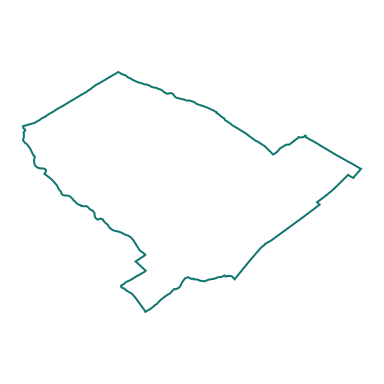 Adaseni, Botosani, Romania (Equal Earth projection)
{"feature_id": "2599482B82980263638886", "entity_name": "Adaseni", "entity_type": "district", "adm_level": 2, "iso_a3": "ROU", "parent_name": "Romania", "parent_adm1": "Botosani", "projection": "equal_earth", "projection_center": [26.935, 48.065], "detail": "fine", "context": "isolated", "style": "outline", "palette": "teal", "viewbox_px": 384, "rotation_deg": 0, "n_neighbors": 0, "source": "geoboundaries", "source_scale": "gbopen_adm2", "svg_char_len": 5872}
<svg xmlns="http://www.w3.org/2000/svg" viewBox="0 0 384 384"><path d="M353.3,178.0L353.9,177.0L354.5,176.3L357.4,173.1L361.0,168.9L357.7,167.1L350.9,163.0L349.3,162.3L344.7,159.7L342.9,158.7L340.7,157.4L337.2,155.6L336.4,155.1L335.8,154.7L321.3,146.1L317.2,143.5L315.4,142.5L312.9,141.0L312.1,140.6L311.0,140.1L310.1,139.6L305.3,136.8L305.5,136.5L305.7,135.9L305.0,135.6L304.5,136.3L303.8,136.8L303.2,137.1L302.5,137.3L301.6,137.3L300.5,137.5L299.5,137.3L298.6,137.1L298.3,137.7L297.8,138.1L297.0,138.7L295.6,139.7L294.3,140.5L294.0,140.9L294.0,141.1L293.6,141.4L293.3,141.6L293.2,141.7L292.3,142.2L291.7,142.8L291.1,143.2L290.4,143.7L290.3,143.9L290.2,144.0L289.0,144.6L288.5,144.7L288.2,144.7L287.7,144.7L286.4,144.6L283.4,146.3L281.7,147.4L280.3,148.1L279.4,149.2L278.9,149.9L277.8,151.1L277.2,151.7L276.7,152.2L276.2,152.5L275.6,152.9L274.9,153.4L274.5,153.7L273.6,154.3L273.3,154.5L273.1,154.4L272.9,154.4L272.6,154.1L270.5,151.8L268.5,149.9L267.2,148.6L265.3,146.7L264.9,146.3L264.5,145.9L263.5,145.5L263.1,145.3L262.3,144.6L261.8,144.2L260.7,143.6L259.8,143.0L258.3,142.0L257.6,141.5L256.9,141.2L256.3,141.1L255.8,140.8L255.4,140.6L248.2,135.3L245.6,133.3L239.4,129.5L237.7,128.4L236.0,127.4L234.1,126.4L232.5,125.4L231.8,124.9L231.4,124.6L231.0,124.2L230.8,123.9L230.2,123.4L229.3,122.8L227.2,121.5L226.2,120.8L225.8,120.6L225.3,120.2L225.0,120.0L224.8,119.8L224.5,118.9L224.2,118.5L223.9,118.2L223.5,117.9L223.2,117.8L222.4,117.4L219.9,115.4L218.4,114.1L217.3,113.2L217.1,113.1L216.9,113.1L216.7,113.1L216.7,112.7L216.7,112.3L216.4,112.1L216.1,111.9L215.7,111.7L215.1,111.5L214.2,110.9L213.1,110.2L212.5,110.0L211.7,109.7L209.5,108.6L209.1,108.4L208.4,108.1L208.0,107.9L207.6,107.7L206.5,107.4L205.8,107.0L204.6,106.7L203.9,106.3L202.7,105.9L201.0,105.4L197.9,104.4L196.1,103.6L195.8,103.4L195.3,102.8L195.0,102.6L194.7,102.4L193.7,101.9L193.2,101.7L192.6,101.5L191.7,101.3L190.5,100.8L190.1,100.6L189.5,100.5L189.1,100.5L187.1,100.6L186.5,100.5L185.6,100.2L184.2,99.5L183.6,99.2L183.4,99.2L183.0,99.4L182.7,99.4L182.2,99.3L181.5,99.1L180.2,98.7L179.6,98.5L179.0,98.3L177.5,98.1L176.8,97.8L175.7,97.3L175.1,96.9L174.8,96.6L174.3,95.9L173.6,94.9L172.8,93.8L172.3,93.5L171.7,93.3L171.1,93.2L170.4,93.2L169.9,93.2L167.9,93.7L167.6,93.7L167.3,93.7L167.0,93.6L165.3,92.8L164.5,92.4L164.0,92.0L163.5,91.5L161.6,90.1L161.2,89.8L160.5,89.5L158.6,89.0L158.3,88.9L157.8,88.7L156.9,88.1L156.5,87.9L156.0,87.8L153.9,87.5L152.8,87.3L152.3,87.2L151.9,87.0L150.7,86.3L149.4,85.6L148.4,85.1L148.0,85.0L147.5,84.8L146.2,84.5L145.3,84.4L144.6,84.4L144.3,84.3L143.9,84.2L143.0,83.8L142.0,83.3L141.6,83.2L141.3,83.1L139.9,82.8L138.7,82.5L137.3,82.0L135.8,81.3L133.4,80.2L131.2,78.9L130.6,78.5L130.0,78.2L128.6,77.7L128.0,77.4L127.2,76.8L126.5,76.1L126.0,75.7L125.5,75.4L125.1,75.2L124.6,75.0L123.1,74.6L122.6,74.4L121.9,74.1L121.2,73.8L119.6,72.7L119.0,72.4L118.4,72.2L118.2,72.1L117.7,72.3L116.4,73.1L115.4,73.8L113.1,75.0L110.5,76.6L105.6,79.5L98.4,83.7L97.0,84.4L95.6,85.1L94.2,86.3L92.1,87.7L91.3,88.5L90.5,89.1L90.0,89.5L88.6,90.3L86.9,91.6L85.1,92.7L82.5,94.2L81.0,94.9L79.2,96.1L76.3,97.8L75.1,98.5L74.2,99.1L72.9,99.9L70.7,101.1L69.7,101.7L68.7,102.3L66.9,103.5L65.6,104.2L63.3,105.7L61.1,106.9L59.1,107.9L56.7,109.3L53.2,111.7L52.5,112.1L50.6,113.1L49.2,113.9L48.3,114.4L47.4,115.1L46.8,115.5L45.8,116.3L45.1,116.9L44.2,117.1L41.8,118.3L39.9,119.8L36.9,121.5L34.1,123.1L32.0,123.6L23.3,126.1L23.6,126.5L23.1,127.8L25.2,129.8L25.2,130.7L24.8,131.1L24.2,131.5L23.6,132.4L23.8,133.4L23.9,134.3L23.8,137.7L23.0,139.5L23.2,140.4L24.2,141.9L25.4,143.2L26.9,144.1L30.1,148.4L33.0,154.6L33.4,155.3L34.2,155.8L34.7,156.4L34.7,157.2L34.0,160.2L34.3,162.9L34.7,164.8L35.8,166.2L37.5,167.6L40.9,168.5L43.2,168.4L44.9,168.9L46.0,170.2L45.6,172.1L44.8,173.3L44.5,174.0L45.4,174.6L48.0,176.5L52.0,179.8L54.3,182.1L54.8,183.1L56.8,185.1L57.2,185.8L57.9,187.4L58.5,188.7L58.9,189.3L59.5,190.2L60.4,191.0L61.1,192.0L61.2,193.0L61.6,193.8L62.3,194.5L63.3,195.2L64.6,195.4L67.3,195.6L68.9,195.8L70.5,196.9L73.0,199.2L73.5,200.4L74.7,201.2L76.9,203.5L78.3,204.5L81.1,205.4L81.3,206.0L83.4,206.1L84.1,206.3L84.6,206.3L85.4,206.1L86.0,206.1L86.8,206.3L87.4,206.7L88.2,207.4L90.1,209.4L91.2,210.0L92.2,210.7L92.8,210.7L94.5,213.3L94.6,214.4L94.6,215.2L94.8,216.5L95.8,218.2L97.0,219.2L97.9,219.6L98.5,219.6L99.3,219.0L100.1,218.7L100.8,218.7L102.1,219.0L102.7,219.4L103.1,220.0L103.2,220.6L103.8,221.1L104.5,221.8L105.6,223.0L106.5,223.8L107.2,224.3L107.7,224.7L108.0,225.3L108.6,226.4L109.9,228.0L112.0,229.6L112.7,229.9L113.4,230.4L115.1,230.9L116.2,231.2L117.0,231.3L117.9,231.3L118.5,231.6L121.0,232.5L122.2,232.9L123.4,233.8L124.5,234.3L125.5,234.7L126.8,235.3L127.5,235.4L128.8,236.0L130.6,237.2L131.8,238.3L133.5,240.5L134.9,242.7L136.0,244.4L136.5,245.4L137.2,246.3L138.2,247.9L139.1,249.5L139.9,250.3L140.7,251.1L142.4,252.3L145.3,254.6L145.2,255.1L141.5,257.5L139.6,258.9L135.6,261.4L145.7,270.7L144.1,272.1L142.4,273.0L139.4,274.8L135.5,276.8L133.2,278.4L131.5,279.4L129.4,280.6L127.3,281.4L125.2,282.6L124.6,283.2L124.1,283.9L121.2,285.6L120.9,286.2L121.5,287.4L124.4,288.7L126.7,290.7L129.2,292.2L131.9,293.6L135.8,298.2L144.4,310.1L145.0,311.2L145.4,311.9L147.5,310.5L150.6,308.8L152.7,307.1L153.8,306.3L154.9,305.1L155.8,304.6L157.0,303.9L159.5,301.0L161.4,299.4L163.2,297.9L167.1,295.0L170.0,293.4L172.1,291.1L174.3,289.0L175.8,289.2L178.7,287.9L180.1,286.5L180.8,284.9L182.7,281.4L185.0,278.3L187.9,277.2L190.2,278.3L190.8,278.8L193.3,278.7L193.9,279.3L196.0,279.3L196.5,279.6L197.4,279.5L200.3,280.8L201.5,280.8L204.2,281.4L209.2,279.5L214.2,278.8L218.4,277.1L220.2,277.2L221.8,276.8L224.7,275.4L225.8,276.6L227.7,276.0L230.7,276.0L232.4,276.7L234.6,279.3L250.8,259.4L260.7,248.0L265.1,244.3L265.3,243.7L270.9,240.7L304.8,215.9L319.6,204.7L317.1,202.2L325.0,196.3L333.3,189.5L348.1,174.9L348.7,175.2L350.0,176.1L353.3,178.0Z" fill="none" stroke="#0f766e" stroke-width="2"/></svg>